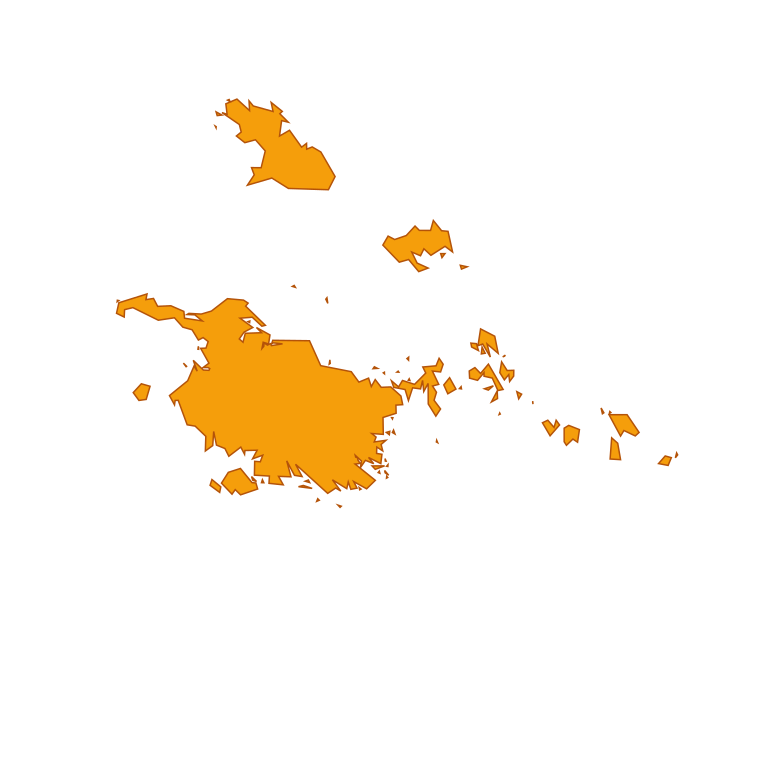 Balboa, Panama, rotated 122°
{"feature_id": "35544464B8680648562753", "entity_name": "Balboa", "entity_type": "district", "adm_level": 2, "iso_a3": "PAN", "parent_name": "Panama", "parent_adm1": "", "projection": "natural_earth1", "projection_center": [-78.983, 8.439], "detail": "fine", "context": "isolated", "style": "filled", "palette": "amber", "viewbox_px": 768, "rotation_deg": 122, "n_neighbors": 0, "source": "geoboundaries", "source_scale": "gbopen_adm2", "svg_char_len": 6226}
<svg xmlns="http://www.w3.org/2000/svg" viewBox="0 0 768 768"><g transform="rotate(122 384 384)"><path d="M391.3,542.6L387.4,542.1L387.3,547.6L394.6,562.0L413.6,569.0L421.5,576.0L427.5,586.9L429.5,587.9L425.6,581.1L426.8,571.5L433.9,588.0L428.5,592.2L430.6,606.2L438.1,617.1L433.6,624.8L438.6,630.6L433.2,632.7L455.6,651.9L465.8,648.3L464.9,639.8L458.4,643.4L452.3,637.4L449.5,609.2L438.9,596.8L442.4,584.7L439.7,575.5L445.1,564.7L440.5,562.0L441.2,555.6L447.9,554.0L450.9,558.4L459.1,543.5L466.0,546.2L463.3,541.9L463.3,539.9L465.2,539.7L467.9,544.6L465.0,558.3L472.1,549.2L469.5,554.6L485.3,552.2L507.5,559.8L512.7,550.6L508.6,552.4L506.9,549.9L522.9,529.3L519.8,521.8L522.8,507.4L535.5,500.0L527.0,496.6L514.5,503.3L524.6,493.7L523.0,484.7L527.5,477.3L513.4,472.0L517.5,465.0L514.1,466.7L507.4,456.5L517.1,455.8L508.6,449.1L515.5,447.7L518.1,452.7L530.0,445.6L522.8,432.4L529.2,428.9L522.9,416.0L518.2,424.5L512.0,413.7L500.7,425.8L508.9,411.5L505.9,404.4L498.9,416.5L506.6,373.8L497.8,369.8L497.7,363.9L492.6,377.0L492.5,360.1L486.0,362.4L490.9,356.3L486.6,351.7L482.8,358.0L482.1,343.2L470.3,340.3L467.2,366.1L464.0,362.1L462.3,365.9L460.6,367.1L461.0,369.3L459.7,370.6L461.2,362.4L467.3,359.7L458.6,359.3L457.0,350.5L454.5,358.2L453.2,344.5L444.7,348.5L446.8,353.5L441.3,356.7L441.4,349.6L436.8,354.4L430.7,352.5L438.3,361.6L433.2,362.6L432.5,368.2L427.1,357.9L412.9,367.1L402.4,358.2L395.6,362.7L391.6,357.2L385.2,363.3L382.9,376.7L388.3,384.6L384.9,393.8L392.9,393.4L387.2,400.2L395.7,406.3L390.9,418.3L402.0,447.4L386.8,470.1L405.9,501.5L409.4,500.6L407.8,499.7L403.7,491.3L411.1,499.8L409.9,501.6L412.8,503.5L412.7,507.5L415.8,505.9L418.5,506.3L412.6,508.6L411.2,503.1L402.8,506.7L403.7,522.1L405.4,515.0L414.5,528.5L423.3,525.7L422.5,530.6L414.2,530.2L405.6,525.2L404.5,541.0L397.2,531.1L399.7,518.2L397.1,515.7L391.3,542.6ZM248.7,534.1L234.0,535.4L220.7,560.5L221.0,570.5L225.8,574.0L221.0,577.2L226.8,579.4L218.9,598.6L229.1,604.0L214.9,610.4L212.7,603.9L210.0,615.6L206.7,614.7L205.0,628.9L211.7,622.5L217.5,642.2L215.4,648.5L223.4,642.9L220.3,659.7L230.2,666.6L238.4,660.0L239.7,665.2L240.6,644.2L246.0,638.6L251.9,640.6L253.1,629.9L245.0,622.4L249.3,608.2L265.7,602.8L270.7,611.0L275.4,604.9L287.8,605.2L268.8,588.3L268.8,568.7L248.7,534.1ZM235.7,395.8L220.6,410.6L223.5,416.4L219.2,428.8L229.1,425.9L235.0,435.4L233.6,441.4L246.3,443.8L255.8,451.5L256.4,458.9L266.8,458.6L272.6,435.6L265.4,429.1L270.3,414.1L262.3,408.0L263.9,420.0L257.4,430.4L255.9,421.0L248.2,421.8L250.0,412.4L234.9,405.2L235.7,395.8ZM383.8,323.0L375.2,322.8L371.3,332.9L363.2,335.1L360.0,341.8L355.3,337.4L347.4,349.8L343.8,342.4L335.9,344.3L333.0,350.9L341.0,349.5L349.0,360.1L352.6,354.4L368.1,357.9L371.2,370.2L378.7,370.1L377.3,379.4L381.7,373.9L377.5,363.2L385.1,354.5L372.1,357.7L368.8,350.4L360.5,353.2L369.3,346.3L360.1,346.9L377.5,335.9L383.8,323.0ZM554.0,446.9L540.0,435.5L535.8,440.2L537.6,443.6L531.7,461.0L541.4,469.2L554.2,469.3L558.0,454.5L552.4,454.2L554.0,446.9ZM289.9,142.0L281.2,161.6L290.8,176.9L302.8,155.8L296.3,155.9L294.9,143.4L289.9,142.0ZM297.5,303.4L284.8,315.4L286.1,331.3L301.7,324.6L297.8,321.5L304.8,308.1L295.4,317.8L297.5,303.4ZM321.6,295.3L329.2,283.9L325.5,280.1L311.8,306.0L323.9,307.7L321.9,315.6L327.8,318.6L333.7,314.5L331.3,306.6L321.4,305.2L324.4,303.3L321.6,295.3ZM330.8,189.0L319.1,194.1L321.2,205.4L326.0,207.8L337.5,200.6L339.3,196.8L330.6,194.6L330.8,189.0ZM523.1,577.5L509.9,581.2L512.4,589.9L524.2,592.1L527.8,583.1L523.1,577.5ZM315.3,278.8L308.6,278.2L303.6,281.2L307.3,286.7L302.9,296.0L313.0,291.8L316.7,284.1L309.9,283.2L315.3,278.8ZM322.8,143.3L310.4,154.4L309.0,162.4L327.8,152.5L322.8,143.3ZM358.5,324.7L350.2,320.3L343.9,331.7L353.1,332.8L358.5,324.7ZM339.9,215.7L325.7,213.4L323.5,218.8L330.7,216.8L327.9,225.9L332.9,229.1L339.9,215.7ZM302.5,99.9L294.2,101.3L296.0,107.4L306.0,109.0L302.5,99.9ZM563.0,465.9L557.7,467.9L556.2,479.3L562.1,477.8L563.0,465.9ZM342.3,283.4L336.2,280.0L329.9,284.3L342.3,283.4ZM245.5,379.2L240.5,375.6L242.9,382.2L245.5,379.2ZM461.0,346.2L453.1,340.1L459.8,350.7L461.0,346.2ZM303.3,332.0L306.2,329.3L305.6,321.6L300.8,327.0L303.3,332.0ZM325.2,261.9L319.7,261.9L320.1,267.3L325.2,261.9ZM289.3,187.2L293.5,183.0L291.9,182.3L289.3,187.2ZM516.4,402.1L510.6,389.6L512.8,398.7L516.4,402.1ZM333.9,292.3L327.6,290.3L334.8,296.3L333.9,292.3ZM306.9,317.4L304.3,314.5L300.7,320.4L306.9,317.4ZM244.8,667.7L241.8,664.0L242.2,670.6L244.8,667.7ZM457.0,337.6L458.7,336.0L458.9,331.7L457.0,337.6ZM246.1,401.8L241.1,401.4L243.4,405.0L246.1,401.8ZM376.8,401.4L374.2,397.8L374.5,401.3L376.8,401.4ZM342.9,478.3L345.4,474.4L341.1,478.1L342.9,478.3ZM535.2,444.2L534.2,440.5L532.7,447.3L535.2,444.2ZM396.2,441.0L395.1,440.5L392.2,442.7L396.2,441.0ZM511.1,358.8L511.9,355.9L510.3,355.5L511.1,358.8ZM349.8,513.4L349.0,510.4L348.0,512.4L349.8,513.4ZM423.8,356.4L424.2,352.6L421.1,354.0L423.8,356.4ZM529.6,436.4L532.6,435.6L531.4,433.6L529.6,436.4ZM418.0,351.5L420.7,351.2L420.6,348.2L418.0,351.5ZM505.5,397.3L508.2,399.3L507.0,394.8L505.5,397.3ZM292.2,97.8L288.5,97.4L287.4,99.3L292.2,97.8ZM516.4,379.4L519.2,378.9L516.9,377.3L516.4,379.4ZM347.9,317.6L347.1,315.7L345.4,317.2L347.9,317.6ZM472.6,565.2L474.2,561.0L473.6,560.8L472.6,565.2ZM450.3,337.9L452.4,338.2L451.9,337.0L450.3,337.9ZM350.8,375.8L348.2,377.3L350.3,378.0L350.8,375.8ZM460.4,341.8L462.2,342.0L461.9,340.2L460.4,341.8ZM452.8,559.6L450.4,561.4L453.1,560.2L452.8,559.6ZM485.0,350.1L486.6,348.6L485.3,347.8L485.0,350.1ZM226.2,667.1L226.0,664.4L224.8,666.1L226.2,667.1ZM298.1,297.7L296.5,296.5L295.2,296.4L298.1,297.7ZM460.8,332.8L462.5,332.0L461.3,331.3L460.8,332.8ZM365.6,378.8L367.0,379.3L366.1,377.7L365.6,378.8ZM403.8,309.5L405.4,308.9L405.3,307.4L403.8,309.5ZM319.7,248.8L320.9,248.1L322.1,247.0L319.7,248.8ZM403.2,532.4L403.1,530.5L401.7,531.2L403.2,532.4ZM446.7,343.6L448.7,342.0L448.3,341.3L446.7,343.6ZM254.7,663.8L255.7,662.2L254.7,662.7L254.7,663.8ZM366.2,365.4L367.9,365.4L367.3,363.9L366.2,365.4ZM407.9,358.6L408.5,359.7L409.2,358.3L407.9,358.6ZM375.1,389.0L373.8,389.9L374.9,390.5L375.1,389.0ZM454.3,654.5L455.6,653.9L453.8,653.2L454.3,654.5ZM347.3,270.5L348.9,270.2L347.9,269.5L347.3,270.5ZM289.5,177.3L288.0,176.5L287.7,177.9L289.5,177.3Z" fill="#f59e0b" stroke="#b45309" stroke-width="1.5"/></g></svg>